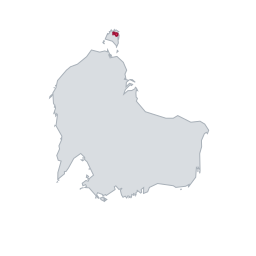 location of Derwent Valley, Tasmania, Australia, rotated 208°
{"feature_id": "25037944B77062531378131", "entity_name": "Derwent Valley", "entity_type": "district", "adm_level": 2, "iso_a3": "AUS", "parent_name": "Australia", "parent_adm1": "Tasmania", "projection": "robinson", "projection_center": [146.703, -42.804], "detail": "fine", "context": "in_parent", "style": "filled", "palette": "rose", "viewbox_px": 256, "rotation_deg": 208, "n_neighbors": 0, "source": "geoboundaries", "source_scale": "gbopen_adm2", "svg_char_len": 4385}
<svg xmlns="http://www.w3.org/2000/svg" viewBox="0 0 256 256"><g transform="rotate(208 128 128)"><path d="M169.0,55.8L171.5,67.4L174.5,66.8L178.0,70.3L178.6,77.4L180.6,79.8L181.1,86.4L182.6,89.8L192.6,96.2L196.5,106.6L197.7,107.2L197.9,105.3L200.0,107.2L200.4,106.3L201.3,111.6L202.6,113.1L205.4,114.8L210.8,123.7L210.5,129.7L212.5,136.8L209.5,150.2L207.5,155.1L202.6,160.6L198.0,171.6L196.9,179.7L188.6,181.7L184.6,185.2L182.0,185.5L182.8,187.6L178.8,184.6L179.4,183.9L179.1,183.2L178.4,183.2L177.0,184.4L176.1,183.7L177.7,182.5L176.8,181.5L171.4,186.0L163.0,183.8L156.3,178.4L156.0,174.2L152.8,170.3L154.1,170.5L154.1,169.3L149.7,170.5L150.9,167.6L149.1,163.5L147.6,168.2L144.4,168.7L144.8,167.1L146.4,167.1L148.4,160.6L147.6,155.8L145.6,160.9L142.3,162.8L140.3,165.9L140.6,167.4L139.3,167.2L137.1,165.5L138.5,165.5L137.4,162.5L135.3,159.1L133.6,158.6L133.2,155.6L120.3,150.5L99.2,154.4L92.6,157.9L89.9,162.3L75.2,162.6L67.6,167.8L62.1,167.5L55.7,163.9L55.2,160.3L56.8,160.9L57.9,158.8L57.3,151.5L54.2,146.0L52.7,139.1L44.7,124.8L47.6,126.3L45.6,121.9L47.0,124.5L49.1,125.3L45.1,116.3L47.0,103.9L47.6,106.8L49.8,103.6L57.9,98.0L60.9,98.3L75.8,92.9L81.2,85.6L80.7,80.9L83.6,77.5L86.2,82.8L87.5,79.9L85.8,77.8L86.2,76.5L91.2,77.4L89.6,76.9L90.6,74.8L89.6,72.9L92.3,72.7L91.3,71.3L93.5,71.1L92.7,69.2L94.5,67.0L94.7,68.3L96.2,68.1L96.3,65.6L98.5,66.5L99.9,64.5L102.3,65.9L105.5,69.4L105.0,72.2L107.1,69.5L111.6,71.2L112.5,69.7L110.5,67.6L115.6,58.1L116.6,58.7L118.4,56.3L119.1,57.4L124.5,56.6L124.3,54.3L120.6,52.6L121.2,52.0L134.3,56.9L138.1,55.2L137.2,57.0L138.8,58.1L140.7,55.8L142.5,57.7L140.5,61.9L138.2,62.3L138.3,65.4L136.3,70.2L148.2,78.9L151.4,79.8L152.5,81.8L157.8,83.3L161.6,75.7L161.8,64.7L162.3,60.6L163.7,59.6L162.6,57.7L165.9,49.7L169.0,55.8ZM176.2,194.9L182.5,197.3L189.9,195.8L190.4,202.3L189.9,201.1L189.1,202.5L188.9,206.8L186.3,205.1L184.6,209.0L181.4,208.7L182.1,207.6L179.3,205.7L178.1,202.4L179.3,203.0L176.4,198.4L176.2,194.9ZM114.5,52.1L118.3,52.1L119.4,53.3L117.0,55.7L114.5,52.1ZM143.1,171.8L149.5,171.6L146.8,172.7L143.1,171.8ZM141.6,64.8L142.3,67.1L140.0,66.7L140.3,65.1L141.6,64.8ZM210.5,122.7L210.4,120.0L211.3,117.7L211.7,119.3L210.5,122.7ZM188.2,191.1L190.3,191.6L190.3,192.5L188.2,191.1ZM114.1,52.8L115.5,55.1L113.1,55.0L114.1,52.8ZM173.9,191.5L172.7,191.2L173.3,189.7L173.9,191.5ZM154.3,77.9L153.2,78.6L152.1,79.0L152.6,77.7L154.3,77.9ZM44.7,124.1L43.7,122.8L43.5,121.6L44.7,124.1ZM189.9,193.4L190.7,194.0L189.1,193.5L189.9,193.4ZM202.1,111.9L202.9,111.9L202.9,113.1L202.1,111.9ZM181.4,86.3L182.4,87.0L182.3,87.5L181.4,86.3ZM186.2,207.4L186.3,208.5L185.5,208.1L186.2,207.4ZM211.8,130.7L211.9,132.2L211.8,130.7ZM124.0,52.0L123.4,51.3L123.8,51.0L124.0,52.0ZM141.6,52.1L140.7,53.3L141.7,51.2L141.6,52.1ZM212.0,128.9L211.6,129.4L211.9,128.9L212.0,128.9ZM143.1,73.8L142.6,74.0L142.9,73.4L143.1,73.8ZM139.7,64.7L139.1,64.8L139.4,64.1L139.7,64.7ZM52.6,98.0L52.5,99.0L52.2,98.9L52.6,98.0ZM164.8,49.2L164.8,50.0L164.5,49.4L164.8,49.2ZM178.4,183.6L178.5,184.1L178.3,183.9L178.4,183.6ZM140.4,53.6L139.2,54.4L140.5,53.4L140.4,53.6ZM92.7,68.0L92.3,68.6L92.6,67.9L92.7,68.0ZM186.7,206.6L186.3,206.8L186.5,206.5L186.7,206.6ZM153.8,80.7L153.1,80.7L153.5,80.2L153.8,80.7ZM90.3,72.3L90.0,72.6L89.9,71.9L90.3,72.3ZM189.7,204.4L189.1,204.7L189.3,204.1L189.7,204.4ZM165.2,47.0L165.1,47.5L164.8,47.3L165.2,47.0ZM178.1,184.2L178.6,184.7L177.7,184.6L178.1,184.2ZM193.8,96.1L193.4,96.2L193.6,95.5L193.8,96.1ZM197.5,105.2L197.2,105.2L197.4,104.7L197.5,105.2ZM176.4,194.1L176.3,194.5L176.1,194.0L176.4,194.1Z" fill="#d9dde1" stroke="#a8b0b8" stroke-width="1"/><path d="M185.5,204.7L185.4,204.7L185.2,204.4L185.2,204.5L185.2,204.4L185.1,204.5L185.1,204.4L185.1,204.5L184.9,204.5L184.7,204.6L184.4,204.5L184.2,204.6L183.8,204.4L183.2,204.4L181.6,203.6L181.5,203.8L181.4,203.8L181.3,204.0L181.2,204.1L181.3,204.1L181.2,204.1L181.2,204.3L181.1,204.5L180.9,204.5L180.7,204.6L180.6,204.8L181.0,205.6L181.0,205.8L181.2,206.0L181.2,206.3L181.6,206.3L182.1,206.6L183.0,206.5L183.8,205.7L183.8,205.4L183.7,205.4L183.8,205.4L184.0,205.4L183.9,205.4L184.0,205.4L184.1,205.5L184.1,205.4L184.2,205.5L184.3,205.5L184.5,205.6L184.6,205.8L184.8,205.8L184.8,205.7L185.0,205.5L185.3,205.6L185.6,205.6L185.7,205.4L185.8,205.3L185.8,205.2L186.0,205.0L186.0,204.9L185.9,204.8L185.7,204.9L185.7,205.0L185.6,204.9L185.5,204.7L185.5,204.7Z" fill="#f43f5e" stroke="#9f1239" stroke-width="1.5"/></g></svg>